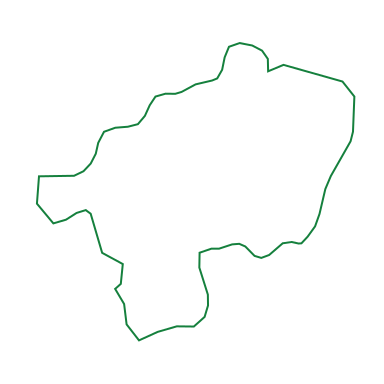 SVG path tracing the border of Cibitoke, rotated 96°
{"feature_id": "BDI-2638", "entity_name": "Cibitoke", "entity_type": "Province", "adm_level": 1, "iso_a3": "BDI", "parent_name": "Burundi", "parent_adm1": "", "projection": "albers", "projection_center": [29.231, -2.849], "detail": "fine", "context": "isolated", "style": "outline", "palette": "green", "viewbox_px": 384, "rotation_deg": 96, "n_neighbors": 0, "source": "natural_earth", "source_scale": "10m", "svg_char_len": 997}
<svg xmlns="http://www.w3.org/2000/svg" viewBox="0 0 384 384"><g transform="rotate(96 192 192)"><path d="M115.2,38.2L125.0,39.6L161.6,55.6L175.1,59.7L200.5,62.9L213.3,66.0L224.3,72.3L231.6,77.8L232.1,80.6L231.3,87.7L233.4,95.9L233.5,96.4L246.6,108.7L250.3,116.2L249.0,123.1L240.6,133.3L238.6,139.6L239.9,146.6L245.5,159.1L246.3,166.7L251.6,178.1L266.4,176.8L292.4,165.5L303.2,164.2L314.9,166.4L325.6,176.1L327.2,193.1L334.7,211.5L345.1,229.2L330.5,243.2L310.5,247.8L296.4,258.3L290.8,253.2L270.9,253.3L261.9,275.0L224.2,290.5L221.1,295.8L224.9,304.6L232.7,314.4L237.7,326.6L219.8,345.0L192.4,345.8L188.2,311.0L182.7,302.1L174.3,295.7L164.0,291.7L152.9,290.4L141.3,285.8L136.1,275.0L133.8,262.6L130.2,252.9L121.2,246.8L110.1,243.1L100.9,238.3L97.0,228.6L96.1,218.9L93.6,212.9L84.6,199.7L79.0,183.6L76.4,178.8L67.3,174.8L54.7,173.6L43.7,170.4L38.9,160.2L40.0,147.4L44.1,137.1L51.7,130.5L64.0,128.9L56.0,114.3L66.4,53.9L80.1,40.5L115.2,38.2Z" fill="none" stroke="#15803d" stroke-width="2"/></g></svg>